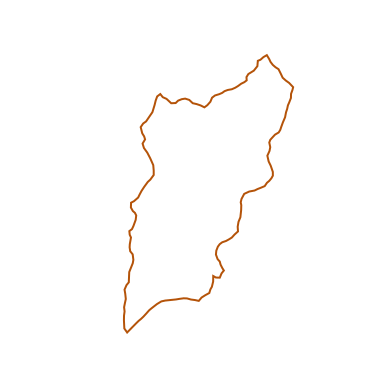 Estrela d'Oeste, São Paulo, Brazil (Mercator projection), rotated 200°
{"feature_id": "56859067B30930108475586", "entity_name": "Estrela d'Oeste", "entity_type": "district", "adm_level": 2, "iso_a3": "BRA", "parent_name": "Brazil", "parent_adm1": "São Paulo", "projection": "mercator", "projection_center": [-50.414, -20.258], "detail": "fine", "context": "isolated", "style": "outline", "palette": "amber", "viewbox_px": 384, "rotation_deg": 200, "n_neighbors": 0, "source": "geoboundaries", "source_scale": "gbopen_adm2", "svg_char_len": 2351}
<svg xmlns="http://www.w3.org/2000/svg" viewBox="0 0 384 384"><g transform="rotate(200 192 192)"><path d="M208.9,40.6L204.9,37.8L202.0,44.2L199.8,49.0L198.1,52.6L196.5,55.3L195.0,58.3L193.5,61.9L191.8,66.2L190.3,68.8L188.8,71.2L186.6,74.7L183.4,78.7L180.1,80.8L170.4,85.5L167.2,87.3L163.4,89.3L160.2,90.3L156.2,90.6L152.2,91.5L148.4,92.0L146.9,96.1L144.2,99.6L141.2,103.0L141.4,106.8L140.9,109.7L141.5,115.1L143.3,120.3L140.3,119.8L136.6,121.0L136.4,125.6L135.2,129.1L137.5,130.9L140.3,133.5L142.1,136.1L145.0,137.7L148.1,141.4L149.1,145.2L149.0,149.5L148.1,152.5L146.4,155.1L143.3,157.6L141.1,160.1L139.0,162.8L137.5,166.5L135.3,170.7L137.2,175.0L138.1,179.9L137.9,184.8L139.6,191.7L141.2,196.5L142.7,199.0L143.1,202.4L142.3,208.1L138.4,212.0L133.7,214.8L131.4,217.2L128.8,219.5L125.7,222.4L124.7,226.3L123.2,228.9L122.1,232.0L121.6,235.0L122.9,238.5L125.3,241.5L127.1,243.7L130.4,246.9L133.6,251.9L133.2,257.1L133.8,260.9L136.3,264.9L136.3,267.8L135.2,270.5L133.6,274.3L130.9,277.6L130.3,280.6L130.4,283.7L130.4,288.5L130.1,294.1L130.9,299.0L131.0,302.6L131.5,306.2L131.3,309.3L131.2,314.2L132.5,318.1L132.5,322.1L132.8,325.1L138.0,327.7L141.9,328.8L145.9,330.4L148.9,333.4L152.7,337.0L156.2,337.8L159.6,339.1L162.7,341.1L164.9,343.3L168.5,346.2L171.0,343.2L172.9,339.7L175.0,337.8L173.6,332.6L175.4,327.2L177.6,324.4L179.4,322.1L180.1,318.6L178.8,315.6L180.4,313.1L182.8,310.6L185.0,307.3L187.0,304.8L189.7,302.2L193.3,300.1L195.9,297.9L197.5,295.5L199.8,293.3L203.4,290.6L205.4,287.5L205.6,283.1L207.3,278.8L209.3,275.8L213.5,276.3L217.7,276.2L221.7,275.7L226.1,277.6L230.4,277.4L233.4,275.7L236.3,273.1L237.8,270.0L241.9,268.3L247.8,270.8L251.9,271.1L255.3,273.2L257.4,269.9L257.4,265.5L256.9,260.9L256.5,253.5L259.3,242.6L261.3,239.7L262.4,235.4L258.8,230.1L256.0,227.9L254.1,225.4L255.0,220.6L252.2,216.9L247.5,213.7L242.9,209.5L237.6,204.0L235.3,199.0L233.8,194.9L235.4,189.4L237.0,186.3L238.7,180.4L239.8,175.7L240.4,171.4L240.7,168.4L243.4,163.5L245.6,161.1L244.1,156.5L241.1,153.9L238.5,152.9L236.4,150.9L235.4,146.6L235.4,140.1L235.7,136.6L237.5,133.8L235.9,130.5L233.8,128.4L232.6,121.7L231.7,118.7L229.8,115.2L226.4,113.1L223.9,108.2L223.3,104.8L223.6,95.3L220.5,85.5L221.7,82.1L222.0,77.2L219.9,73.5L217.6,68.8L217.0,64.4L216.4,60.5L214.5,56.7L213.6,52.6L212.1,48.2L208.9,40.6Z" fill="none" stroke="#b45309" stroke-width="2"/></g></svg>